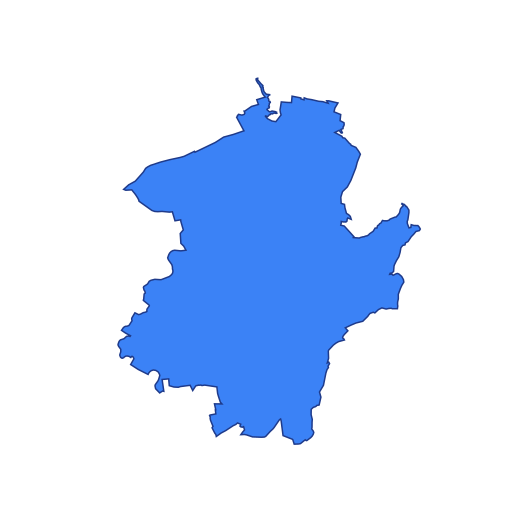 the district of Sieu-Odorhei, Bistrita-Nasaud, Romania, rotated 213°
{"feature_id": "2599482B30244428073322", "entity_name": "Sieu-Odorhei", "entity_type": "district", "adm_level": 2, "iso_a3": "ROU", "parent_name": "Romania", "parent_adm1": "Bistrita-Nasaud", "projection": "albers", "projection_center": [24.269, 47.13], "detail": "fine", "context": "isolated", "style": "filled", "palette": "blue", "viewbox_px": 512, "rotation_deg": 213, "n_neighbors": 0, "source": "geoboundaries", "source_scale": "gbopen_adm2", "svg_char_len": 6138}
<svg xmlns="http://www.w3.org/2000/svg" viewBox="0 0 512 512"><g transform="rotate(213 256 256)"><path d="M344.9,371.0L343.2,369.8L343.0,368.4L344.5,366.5L347.8,365.3L348.0,363.5L347.7,363.3L347.8,361.8L334.3,354.4L341.3,345.5L347.9,338.1L352.0,329.0L363.7,309.8L364.6,310.3L370.6,300.4L373.5,297.1L380.7,289.9L387.2,282.8L393.8,274.6L395.4,271.7L396.3,269.4L396.2,265.0L398.0,253.0L401.5,246.5L403.3,239.8L401.1,240.2L396.2,243.8L390.5,241.9L386.7,240.2L385.0,239.2L383.9,238.2L368.1,237.5L365.2,238.2L362.5,239.7L359.1,242.2L352.6,245.6L350.2,247.5L343.1,241.4L338.9,245.3L337.8,244.0L331.2,238.3L331.8,233.6L325.9,225.7L322.0,224.9L317.9,222.7L321.8,219.4L327.4,216.5L328.7,215.2L329.6,213.5L330.0,211.6L329.9,209.7L329.1,206.4L328.0,205.5L326.9,204.9L321.9,202.9L320.2,201.4L318.9,199.5L318.3,199.1L317.3,197.9L316.6,196.0L316.7,194.2L317.5,191.6L322.5,184.7L323.4,184.0L328.2,181.3L330.9,178.4L331.8,176.6L331.7,173.7L331.8,173.2L333.5,169.3L333.3,168.3L331.4,166.5L330.1,166.0L328.7,164.7L329.1,163.2L326.6,158.5L326.5,157.6L326.2,157.4L319.0,156.6L318.5,156.4L318.3,155.9L318.5,152.2L318.2,151.4L317.3,150.0L318.1,148.7L319.7,147.1L321.3,144.2L322.5,142.9L326.6,142.4L326.4,136.7L326.2,135.9L325.6,135.0L324.7,134.2L324.7,128.6L325.8,127.0L327.3,125.8L327.9,124.6L328.2,123.8L328.3,120.4L323.4,120.3L317.8,120.8L317.8,119.9L319.4,119.4L320.8,118.1L321.7,114.7L324.0,111.8L324.3,110.4L324.2,109.1L323.6,106.8L323.2,106.2L322.0,105.4L318.6,104.1L317.2,101.9L316.5,99.2L316.0,98.4L314.4,97.3L313.2,97.2L312.5,97.4L311.6,98.6L311.4,99.8L310.5,101.3L309.3,102.1L307.7,102.7L305.7,102.7L305.7,103.9L305.2,104.4L303.8,104.3L302.4,103.3L302.0,96.7L293.0,96.7L282.0,97.9L282.2,99.7L282.0,101.2L281.4,102.8L280.0,104.5L277.7,105.5L274.9,105.5L272.9,104.5L271.6,103.4L270.4,99.3L270.2,97.6L270.4,93.3L270.0,92.1L267.9,90.0L262.2,88.7L260.8,91.9L259.6,92.3L267.5,101.3L262.3,105.4L258.1,100.0L253.5,101.4L249.7,103.6L248.2,105.4L240.8,111.7L235.8,108.7L235.8,113.5L235.6,114.7L234.7,115.4L234.1,116.3L233.6,116.4L231.9,117.8L231.5,117.7L230.7,118.0L228.7,119.8L217.5,124.9L213.4,119.9L211.5,118.2L206.3,114.0L204.0,113.4L210.3,109.4L206.0,105.1L206.3,104.8L203.7,101.7L207.5,98.0L208.0,97.5L208.0,96.8L206.8,96.2L205.9,94.7L204.6,93.4L199.3,89.7L199.3,88.0L194.1,85.0L192.4,84.4L191.0,83.0L188.8,88.6L186.3,93.1L182.7,101.3L181.2,103.7L180.6,105.9L177.2,106.6L176.8,104.6L175.8,104.4L174.2,105.0L173.5,106.1L170.9,103.9L171.3,101.0L171.4,97.9L168.5,100.0L166.6,100.8L160.4,102.4L152.7,107.0L150.4,108.7L149.6,110.0L148.5,116.7L147.6,120.2L147.4,122.0L147.2,130.8L147.1,131.7L146.6,132.7L145.0,131.3L135.5,120.1L125.7,122.1L125.1,122.0L121.5,119.0L117.8,121.6L116.5,122.9L114.6,128.7L113.6,128.5L112.9,128.8L111.2,133.4L110.8,135.5L110.9,137.6L111.4,139.4L112.5,140.3L115.1,141.3L115.7,142.8L118.5,147.2L119.8,149.6L123.4,153.0L126.2,157.5L125.5,160.3L124.1,162.0L123.7,163.0L123.7,163.7L121.9,165.4L124.7,173.0L128.7,176.5L129.0,184.3L133.6,195.8L134.6,199.5L134.5,201.9L135.6,202.8L135.7,205.8L137.2,206.6L138.0,205.2L139.4,209.7L143.6,215.7L143.8,216.7L142.6,223.4L141.5,226.5L140.1,229.2L136.1,233.7L137.1,234.3L138.7,234.5L139.1,235.0L139.3,236.1L139.2,238.1L138.2,243.3L142.0,244.4L138.6,249.9L135.7,254.2L130.9,259.4L129.4,266.2L129.4,267.9L129.1,270.0L127.0,272.7L125.3,273.0L124.1,277.8L122.2,281.0L118.0,282.4L115.9,284.5L114.1,285.8L113.0,286.0L108.7,288.8L109.8,291.2L111.0,292.6L112.2,294.6L113.3,297.6L115.8,301.4L117.2,307.5L117.7,310.8L117.8,314.6L119.5,316.5L122.7,318.2L126.1,318.7L127.7,318.5L128.7,317.6L130.5,314.5L132.0,314.7L133.0,314.2L133.9,313.4L134.1,314.6L132.7,315.8L132.2,318.0L134.8,322.8L135.2,324.5L135.7,328.6L135.8,333.1L137.1,337.4L139.0,341.9L138.7,344.8L137.1,346.5L137.8,348.4L136.4,350.9L136.3,356.7L135.6,360.2L135.2,363.7L132.8,366.3L132.9,368.1L134.7,369.1L136.8,369.7L140.2,367.6L142.9,366.8L141.7,364.3L143.0,362.9L146.8,365.7L148.1,367.5L148.3,368.9L151.4,375.7L152.8,377.8L156.8,379.6L157.3,379.2L158.6,379.8L160.0,380.0L161.4,379.5L162.1,379.6L162.1,379.0L160.6,378.7L159.9,378.3L160.4,376.1L160.5,374.5L160.3,373.5L159.5,371.5L159.1,370.1L159.2,368.1L159.7,365.1L160.7,364.2L163.3,360.5L163.8,359.6L163.9,358.6L165.2,356.9L167.7,355.3L169.3,354.7L169.2,351.7L169.9,350.4L170.0,348.6L170.5,347.9L170.5,347.2L169.8,345.4L171.3,344.3L171.2,340.5L172.9,336.4L173.0,335.3L173.6,333.8L174.1,333.2L175.2,332.1L175.9,330.9L176.6,330.5L178.6,328.3L179.0,327.4L184.5,324.4L184.6,324.6L184.4,325.5L198.3,329.2L201.7,328.0L202.1,328.9L202.4,330.0L203.3,331.4L201.6,332.0L199.1,333.5L198.7,334.7L199.7,336.8L199.7,337.9L196.1,338.6L198.5,340.6L200.8,341.1L203.3,341.0L207.7,344.9L209.9,347.5L213.2,346.5L216.9,351.5L218.5,357.1L217.0,363.6L217.6,371.0L220.3,384.2L222.2,389.9L223.9,398.2L226.6,399.6L231.4,401.5L236.4,400.6L237.5,401.3L238.9,401.3L245.7,403.2L247.7,402.4L249.2,403.2L257.2,402.5L254.7,406.7L252.1,405.6L250.9,405.8L250.7,406.4L253.7,408.4L252.4,410.2L253.3,411.9L253.2,413.1L253.8,414.5L254.8,415.7L259.2,415.3L262.0,420.8L269.1,419.4L270.4,423.1L270.6,429.0L279.4,425.8L281.2,424.7L278.7,423.4L284.1,421.8L287.7,419.9L294.6,417.4L298.6,415.6L301.7,414.9L300.8,413.1L304.0,412.2L304.5,413.0L312.8,409.7L309.8,404.0L313.3,401.9L318.7,399.0L315.4,391.6L313.6,389.5L311.8,388.0L312.5,379.5L316.1,377.9L321.1,377.4L324.2,378.3L324.3,378.6L324.0,378.8L322.2,379.2L321.8,380.8L321.7,382.0L321.0,382.4L321.0,383.4L319.4,384.3L319.5,384.8L318.6,385.8L316.8,386.5L316.5,386.8L317.0,386.9L317.0,387.8L318.5,387.6L321.6,386.3L321.7,385.8L323.1,384.4L323.7,384.3L326.5,384.7L326.7,385.0L326.2,386.7L325.6,387.4L326.0,388.4L327.0,388.6L327.2,389.0L327.1,389.8L327.8,390.9L327.9,391.5L327.6,392.5L328.4,393.2L329.2,392.8L330.1,393.4L330.6,394.3L331.7,394.9L332.7,395.1L332.8,395.9L332.8,397.8L332.2,398.5L332.4,398.8L335.5,397.3L338.2,398.0L339.1,398.4L341.5,400.7L341.9,401.5L342.6,401.4L343.1,402.0L343.1,402.7L345.7,403.2L350.7,404.7L351.3,406.0L351.8,405.7L352.4,404.5L351.4,403.4L348.8,402.1L346.6,401.5L344.4,400.1L343.3,399.7L342.2,398.4L339.8,396.3L338.2,395.4L334.8,394.3L340.5,387.5L336.5,384.4L341.2,379.0L344.3,371.5L344.9,371.0Z" fill="#3b82f6" stroke="#1e3a8a" stroke-width="1.5"/></g></svg>